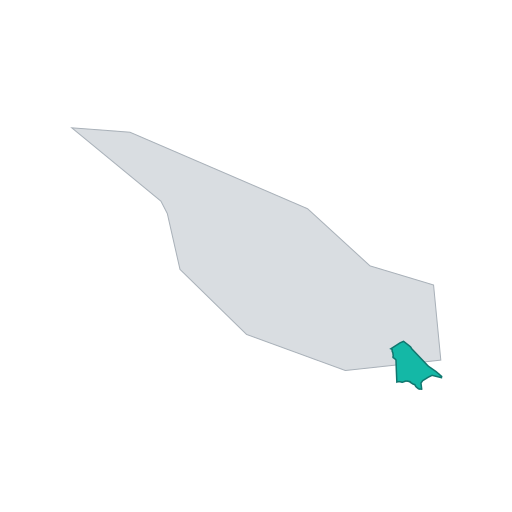 Ngeruluobel, Airai, Palau shown in context, rotated 284°
{"feature_id": "81905179B90317674654188", "entity_name": "Ngeruluobel", "entity_type": "district", "adm_level": 2, "iso_a3": "PLW", "parent_name": "Palau", "parent_adm1": "Airai", "projection": "albers", "projection_center": [134.513, 7.38], "detail": "fine", "context": "in_parent", "style": "filled", "palette": "teal", "viewbox_px": 512, "rotation_deg": 284, "n_neighbors": 0, "source": "geoboundaries", "source_scale": "gbopen_adm2", "svg_char_len": 2248}
<svg xmlns="http://www.w3.org/2000/svg" viewBox="0 0 512 512"><g transform="rotate(284 256 256)"><path d="M270.8,435.3L199.7,460.5L166.5,370.4L177.6,265.8L224.6,185.5L275.7,159.7L286.2,150.5L335.8,46.2L345.6,103.7L314.3,294.7L274.0,369.0L270.8,435.3Z" fill="#d9dde1" stroke="#a8b0b8" stroke-width="1"/><path d="M167.9,423.1L168.0,423.2L167.9,423.3L168.0,423.5L168.1,423.8L168.2,424.0L168.3,424.2L168.4,424.4L168.5,424.6L168.5,424.8L168.6,425.0L168.7,425.3L168.7,425.5L168.8,425.7L168.8,425.9L168.8,426.1L168.9,426.3L168.8,426.5L168.8,426.8L168.9,427.1L168.9,427.3L168.9,427.5L168.8,427.9L168.8,428.0L168.8,428.3L168.9,428.5L169.1,428.9L169.2,429.0L169.3,429.1L169.4,429.3L169.5,429.6L169.7,429.8L169.9,430.0L170.0,430.2L170.0,430.3L170.2,430.6L170.3,430.8L170.5,430.9L170.7,431.0L170.7,431.3L170.8,431.5L171.0,431.8L171.0,432.1L171.0,432.3L171.0,432.5L171.1,432.9L171.1,433.1L171.3,433.3L171.3,433.5L171.3,433.8L171.2,434.0L171.2,434.3L171.3,434.6L171.3,434.8L171.3,435.0L171.1,435.1L171.0,435.4L171.0,435.6L171.1,435.9L171.3,436.0L171.2,436.3L170.8,436.5L170.7,436.7L170.6,436.8L170.5,437.0L170.4,437.2L170.3,437.4L170.3,437.8L170.2,437.9L170.1,438.4L170.0,438.5L170.0,438.8L169.8,439.0L169.8,439.3L169.7,439.4L169.6,439.8L169.6,440.2L169.7,440.5L169.5,440.9L169.6,441.2L169.5,441.3L169.4,441.4L169.2,441.6L168.8,441.9L168.6,442.1L168.4,442.2L168.3,442.3L168.2,442.5L167.8,443.0L167.7,443.1L167.5,443.4L167.4,443.7L167.3,443.9L167.2,444.1L167.1,444.4L167.1,444.6L167.0,444.8L166.9,444.9L166.7,445.1L166.6,445.4L166.5,445.7L166.4,446.0L166.4,446.3L166.4,446.6L166.4,446.8L166.4,447.0L166.5,447.2L166.6,447.5L166.7,447.9L166.7,448.2L166.7,448.4L166.7,448.7L166.9,449.0L172.6,446.8L175.4,447.9L176.4,448.9L177.9,450.4L180.0,452.4L182.8,455.7L182.8,465.1L183.0,465.0L183.3,465.1L183.5,465.2L183.5,465.3L183.6,465.5L183.8,465.6L183.8,465.8L187.4,458.7L190.7,450.0L191.3,449.0L203.6,429.6L205.2,428.0L206.1,426.1L208.9,419.8L206.6,416.8L198.6,409.3L198.5,410.0L198.0,410.9L197.4,410.9L196.8,411.0L196.1,411.5L195.0,412.3L193.8,412.7L192.4,413.3L192.1,413.4L191.8,413.3L191.1,413.3L190.6,413.6L190.4,414.1L190.2,414.9L189.8,415.5L189.7,416.0L189.4,416.4L188.9,417.0L179.5,419.7L167.9,423.1Z" fill="#14b8a6" stroke="#0f766e" stroke-width="1.5"/></g></svg>